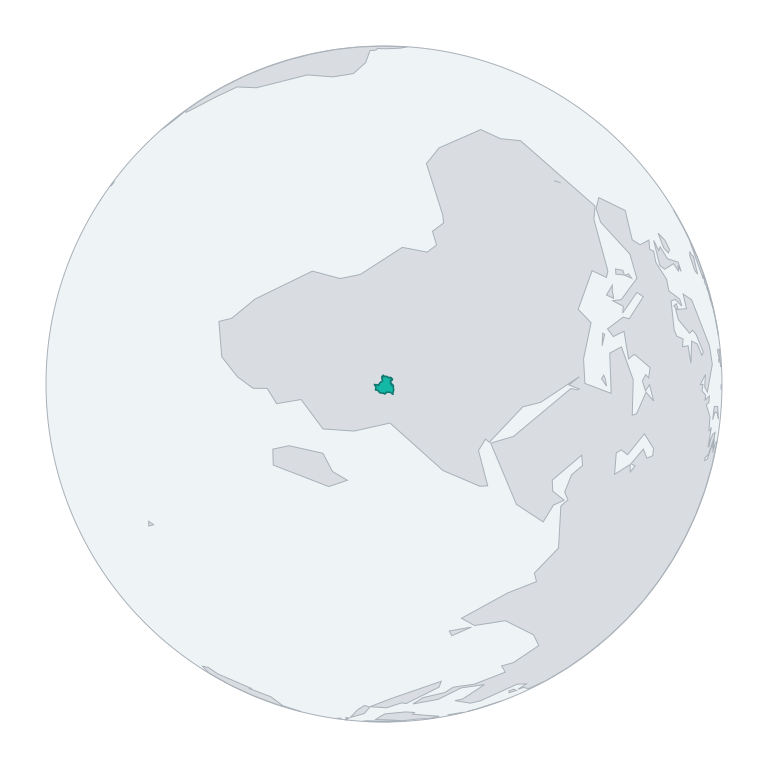 Tabora highlighted on a globe, orthographic projection, rotated 88°
{"feature_id": "TZA-3359", "entity_name": "Tabora", "entity_type": "Region", "adm_level": 1, "iso_a3": "TZA", "parent_name": "United Republic of Tanzania", "parent_adm1": "", "projection": "orthographic", "projection_center": [32.512, -5.492], "detail": "fine", "context": "on_globe", "style": "filled", "palette": "teal", "viewbox_px": 768, "rotation_deg": 88, "n_neighbors": 0, "source": "natural_earth", "source_scale": "10m", "svg_char_len": 8559}
<svg xmlns="http://www.w3.org/2000/svg" viewBox="0 0 768 768"><g transform="rotate(88 384 384)"><circle cx="384" cy="384" r="338" fill="#eef3f6" stroke="#a8b0b8"/><path d="M47.9,349.1L48.9,355.9L49.1,369.6L48.5,378.9L50.1,380.4L50.2,386.3L62.1,391.1L72.7,403.8L75.3,424.4L72.4,449.8L83.5,501.1L82.0,520.5L90.9,541.2L105.7,572.3L103.6,572.1L113.8,585.7L120.5,595.2L121.5,596.8L107.0,577.6L93.9,557.3L82.3,536.2L72.2,514.3L63.7,491.7L56.9,468.6L51.7,445.1L48.1,421.3L46.3,397.2L46.3,373.1L47.9,349.1ZM190.0,660.7L190.4,661.0L190.9,661.3L190.0,660.7ZM175.7,649.8L171.8,646.2L173.9,647.5L177.0,650.4L175.7,649.8ZM686.1,232.5L693.5,250.3L692.1,255.2L693.8,260.7L688.6,252.3L688.7,261.6L704.0,298.7L706.0,308.7L702.9,324.2L701.6,316.5L687.9,294.0L690.4,317.4L701.0,340.8L704.8,366.3L698.9,356.2L694.4,333.9L689.4,325.3L687.2,304.5L676.2,272.8L669.9,276.3L666.9,264.4L650.8,238.4L639.9,243.3L624.8,271.0L628.5,302.0L620.8,314.7L597.2,267.9L586.8,238.5L578.2,240.3L554.0,215.3L512.1,211.5L506.2,204.2L498.3,207.2L481.3,199.7L472.4,188.4L462.0,188.9L485.9,219.2L497.0,219.1L506.4,208.0L511.0,219.0L527.4,229.7L508.9,255.9L446.8,279.4L440.9,256.4L395.0,197.3L396.6,190.9L396.4,190.2L395.8,189.0L391.4,199.3L383.5,188.5L407.8,228.1L411.7,246.1L445.9,280.8L442.6,284.4L453.7,291.9L489.4,283.9L489.6,291.7L472.5,328.1L423.2,379.4L430.0,415.4L426.8,446.5L396.6,467.4L399.9,492.0L384.3,500.9L383.7,515.0L371.6,530.3L351.1,545.2L315.7,546.8L313.0,533.9L294.5,509.7L268.7,451.6L277.1,424.2L273.7,403.9L248.1,360.9L253.7,336.2L247.0,326.6L233.0,330.2L225.3,318.9L217.0,319.4L165.2,333.9L150.0,320.8L133.1,278.4L142.9,259.1L145.6,239.1L213.5,166.9L226.8,168.5L279.0,156.3L285.3,158.0L278.0,172.1L316.2,187.3L330.0,174.9L365.8,183.7L390.4,183.2L401.3,157.3L361.0,157.3L355.2,145.4L388.4,134.8L423.8,137.0L422.6,132.6L401.3,122.4L410.4,115.1L394.0,118.6L399.9,122.9L389.8,125.7L383.8,122.1L387.2,119.3L376.9,117.5L363.0,132.7L367.5,138.7L339.7,142.3L344.6,153.2L336.7,158.7L325.5,142.6L327.4,136.6L305.8,121.8L301.3,128.1L321.4,143.0L314.7,142.1L308.8,152.5L307.9,143.9L287.2,127.6L262.8,133.7L229.9,161.8L216.0,165.9L205.2,162.8L219.0,136.9L248.5,130.9L253.8,123.3L249.4,114.3L258.7,113.8L260.6,109.9L271.9,108.1L289.3,97.9L301.0,96.0L309.5,85.5L316.6,83.6L309.6,90.0L311.0,94.2L340.3,92.1L346.4,89.7L349.5,83.5L357.2,84.4L356.4,78.8L374.0,76.5L351.9,75.1L355.0,69.5L366.4,65.4L363.4,63.7L344.8,70.6L341.0,73.9L344.0,76.8L330.1,87.5L319.7,89.9L319.3,79.0L304.5,81.9L310.6,73.6L357.1,57.4L375.7,55.2L403.3,61.1L398.1,63.6L385.6,62.4L395.7,67.9L395.5,65.2L401.9,66.5L406.4,62.9L411.2,63.7L407.4,59.3L413.7,59.9L416.0,62.7L428.1,59.4L441.6,60.9L442.1,59.9L438.7,58.4L458.1,62.2L457.6,61.3L451.0,59.7L445.7,57.2L443.9,54.8L450.7,56.2L452.3,57.2L465.8,62.3L469.0,65.8L471.6,66.3L470.5,63.6L454.0,57.3L450.9,55.5L459.6,58.1L456.2,57.0L456.9,56.7L463.9,57.9L454.7,55.1L453.0,53.2L477.6,59.3L501.7,67.2L525.1,76.9L547.7,88.4L569.4,101.5L590.1,116.2L609.6,132.4L627.8,150.0L644.6,168.9L660.0,189.1L673.9,210.3L686.1,232.5ZM189.1,200.4L187.0,206.3L186.9,206.3L189.1,200.4ZM460.9,154.3L482.3,156.7L473.1,140.9L480.5,140.9L474.7,136.0L472.3,139.9L458.1,127.1L467.4,123.8L465.0,117.9L457.7,116.9L442.9,125.5L463.2,143.1L458.1,149.0L460.9,154.3ZM259.6,93.9L262.9,95.2L257.7,99.7L242.9,104.8L250.2,98.2L259.6,93.9ZM268.7,96.4L272.5,85.8L281.8,83.1L275.9,86.2L281.8,85.5L273.8,90.5L279.1,99.5L275.0,104.2L249.9,109.5L260.4,104.7L256.5,103.2L268.7,96.4ZM265.5,72.5L267.2,70.3L285.2,66.8L281.5,69.4L266.5,73.9L262.1,73.7L265.5,72.5ZM346.6,48.2L348.0,48.0L338.2,49.2L339.5,49.1L331.9,50.2L324.9,51.7L320.6,52.4L319.7,52.7L314.7,53.9L312.0,54.8L303.5,56.6L299.5,58.1L297.7,58.2L293.2,60.4L292.7,59.7L286.1,61.8L290.1,61.3L250.3,73.9L234.0,81.4L220.6,88.5L221.4,87.8L245.1,76.0L269.6,66.0L294.8,58.1L320.5,52.1L346.6,48.2ZM293.3,152.4L298.4,152.6L306.4,151.5L302.8,158.6L293.3,152.4ZM278.8,141.3L283.4,140.0L282.3,148.4L277.1,148.6L278.8,141.3ZM287.0,132.8L283.8,139.4L282.4,135.9L287.0,132.8ZM314.0,89.0L319.1,87.8L319.3,89.2L316.0,91.7L314.0,89.0ZM363.5,49.4L360.3,49.1L362.0,48.8L361.2,47.7L368.4,47.3L371.7,47.8L363.5,49.4ZM393.9,161.6L386.3,166.5L382.8,164.1L386.1,162.8L393.9,161.6ZM342.0,161.7L353.4,164.7L340.9,163.6L342.0,161.7ZM371.2,48.8L370.1,48.2L374.4,48.4L371.2,48.8ZM373.6,47.1L378.8,47.1L369.2,47.2L373.6,47.1ZM516.6,619.2L517.8,624.0L513.0,624.0L516.6,619.2ZM484.6,442.7L461.2,497.5L445.2,497.4L442.4,480.9L451.1,447.5L469.7,438.5L478.9,423.9L484.6,442.7ZM716.6,437.9L716.7,441.3L716.4,442.8L716.6,437.9ZM716.7,430.4L717.4,433.0L716.0,433.6L716.7,430.4ZM717.6,434.1L718.2,433.2L718.5,431.6L718.1,434.7L717.6,434.1ZM716.0,429.2L708.5,421.6L704.6,414.7L706.4,409.4L712.7,415.3L716.0,429.2ZM706.0,409.1L698.9,388.8L683.1,337.2L688.9,339.6L704.1,373.0L703.3,377.6L707.7,392.8L706.0,409.1ZM720.0,389.4L719.0,404.0L715.7,398.6L713.7,394.3L712.5,374.0L713.3,365.0L715.1,366.8L718.0,340.4L719.8,350.4L720.0,362.1L721.2,376.7L720.0,389.4ZM630.0,305.1L637.9,325.0L633.1,327.4L630.0,305.1ZM715.8,320.8L716.9,332.1L714.8,316.0L715.8,320.8ZM712.6,305.1L714.2,312.2L712.4,304.5L712.6,305.1ZM696.9,269.8L695.1,269.9L693.5,265.1L694.8,262.4L696.9,269.8ZM430.9,51.0L424.0,52.3L423.8,54.4L431.2,56.8L417.9,54.6L418.2,51.3L430.9,51.0ZM401.8,47.1L399.2,47.3L395.8,47.0L401.8,47.1ZM666.5,569.4L659.7,575.2L661.1,569.6L668.0,560.1L683.5,527.4L683.8,528.9L692.6,508.0L702.0,496.4L708.6,478.0L700.7,501.9L691.0,525.3L679.6,547.8L666.5,569.4ZM716.5,444.2L716.5,444.3L716.5,444.2L716.5,444.2ZM721.9,390.7L721.7,394.6L721.0,409.3L720.6,413.6L720.3,417.1L721.4,398.6L720.1,415.2L719.9,413.8L720.8,398.3L721.5,381.6L721.7,375.4L721.8,376.0L721.9,379.5L721.6,381.3L721.7,391.4L721.9,389.1L721.9,390.7ZM712.3,303.9L711.9,302.4L705.0,278.4L712.3,303.9Z" fill="#d9dde1" stroke="#a8b0b8" stroke-width="1"/><path d="M394.5,375.4L394.4,375.7L394.4,375.8L394.3,376.1L394.1,376.1L393.9,376.0L393.5,376.7L393.2,377.2L392.5,378.1L392.4,378.7L392.4,379.1L392.5,379.7L392.2,380.2L392.3,380.5L392.3,380.8L392.4,381.0L392.2,381.5L392.3,381.7L392.3,382.0L392.5,382.2L392.8,382.3L393.1,382.4L393.2,382.6L393.4,382.7L394.0,383.2L394.1,383.4L393.9,383.7L393.7,383.9L393.3,384.2L393.1,384.6L393.2,384.8L393.4,384.9L393.4,385.2L393.3,385.4L393.1,385.5L393.1,386.3L392.7,387.4L392.7,387.9L392.8,388.1L392.8,388.3L392.4,388.6L392.1,388.9L391.9,389.2L391.8,389.3L391.6,389.3L391.3,389.5L390.7,390.1L390.3,390.3L390.2,390.3L389.9,390.7L390.0,390.8L389.9,391.4L389.9,392.0L389.7,392.6L388.4,392.6L388.0,392.5L387.5,392.2L387.1,392.1L386.6,392.2L386.4,392.3L386.2,392.4L386.0,392.5L385.8,392.5L385.6,392.6L385.2,393.3L384.6,393.5L384.2,393.5L384.4,392.9L384.4,392.3L384.4,391.7L384.4,391.1L384.6,390.5L384.9,390.1L385.1,390.0L385.2,389.8L385.3,389.7L385.2,389.5L385.2,389.3L384.2,389.2L383.8,388.9L383.6,388.6L383.3,388.5L383.2,388.4L383.0,388.2L382.9,388.2L382.7,387.9L382.3,387.7L382.2,387.6L382.0,387.4L381.9,387.2L381.7,386.6L381.6,386.4L381.6,386.1L381.4,385.9L381.3,385.7L381.1,385.6L380.8,385.5L380.7,385.5L380.3,385.4L380.2,385.4L379.8,385.3L379.7,385.4L379.6,385.5L379.4,385.6L379.2,385.8L378.9,385.9L378.8,386.0L378.3,385.8L378.2,385.9L377.9,385.9L377.8,386.0L377.6,385.9L377.3,385.7L377.2,385.8L376.8,385.8L376.7,385.8L376.7,385.7L376.4,385.5L376.2,385.6L376.0,385.4L376.0,385.2L375.9,385.0L376.0,384.9L375.9,384.9L375.4,384.5L375.3,384.4L375.5,384.2L375.9,383.9L376.4,383.8L376.5,383.6L376.3,382.7L376.3,382.0L376.6,381.2L376.5,380.9L376.8,380.6L377.0,380.5L377.0,380.4L377.4,380.2L377.5,380.1L377.4,379.5L377.4,379.4L377.5,379.3L377.9,379.2L378.0,378.9L377.9,378.4L377.8,378.0L377.8,377.8L377.6,377.8L377.6,377.6L377.6,377.3L377.7,377.1L377.8,376.9L377.9,376.7L378.1,376.6L378.7,376.7L379.1,376.5L379.1,376.3L379.0,376.1L378.9,376.1L378.9,375.8L379.2,375.4L379.9,375.6L380.4,375.7L380.6,375.9L380.7,376.0L380.8,376.4L380.8,376.7L380.8,377.0L380.9,377.3L380.9,377.5L381.3,377.5L381.7,377.2L382.2,377.1L382.7,377.2L382.9,377.4L383.2,377.5L383.4,377.4L383.5,377.2L383.6,376.8L383.6,376.6L383.7,376.4L383.9,376.4L384.1,376.3L384.3,376.4L384.4,376.5L384.5,376.7L384.5,376.8L385.2,376.7L385.3,376.4L385.0,376.3L384.9,376.2L385.0,375.9L385.2,375.7L385.2,375.4L385.2,375.1L385.5,375.0L385.9,374.8L386.0,374.7L386.5,374.8L386.8,374.6L387.0,374.7L387.3,374.9L387.6,375.0L387.9,375.0L388.5,374.7L389.1,374.6L389.5,374.6L389.9,374.6L390.0,374.6L390.4,374.5L390.7,374.6L390.8,374.8L391.0,374.8L391.7,374.9L392.0,374.9L392.2,375.0L392.4,375.1L392.5,375.2L392.7,375.3L392.9,375.4L393.0,375.4L393.3,375.4L393.4,375.5L393.5,375.5L393.9,375.6L394.1,375.6L394.3,375.4L394.5,375.4Z" fill="#14b8a6" stroke="#0f766e" stroke-width="1.5"/></g></svg>